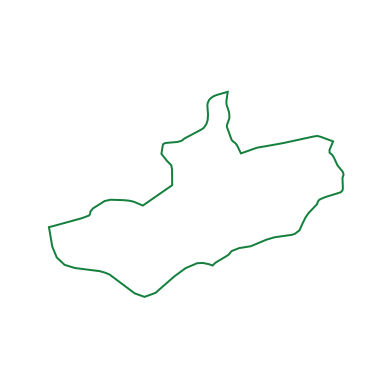 SVG path tracing the border of Takêv, rotated 71°
{"feature_id": "KHM-1802", "entity_name": "Takêv", "entity_type": "Province", "adm_level": 1, "iso_a3": "KHM", "parent_name": "Cambodia", "parent_adm1": "", "projection": "equal_earth", "projection_center": [104.777, 10.935], "detail": "fine", "context": "isolated", "style": "outline", "palette": "green", "viewbox_px": 384, "rotation_deg": 71, "n_neighbors": 0, "source": "natural_earth", "source_scale": "10m", "svg_char_len": 1562}
<svg xmlns="http://www.w3.org/2000/svg" viewBox="0 0 384 384"><g transform="rotate(71 192 192)"><path d="M268.2,196.5L265.7,199.6L262.7,204.7L261.0,210.3L261.9,222.7L266.0,236.1L275.5,259.4L275.7,271.0L269.2,279.2L243.2,296.8L239.8,300.7L236.7,305.2L225.8,327.4L219.4,336.2L209.9,341.2L198.0,341.9L184.9,339.7L178.6,338.7L178.9,336.2L180.9,304.9L180.7,296.9L180.0,296.0L179.3,295.4L178.4,294.9L177.5,294.5L175.3,291.1L172.1,277.5L172.8,271.5L177.7,258.7L179.8,254.2L182.1,250.4L188.8,242.9L179.1,208.5L164.1,203.5L159.9,202.9L154.5,205.5L146.0,208.5L137.9,204.2L137.3,203.5L137.0,201.2L139.9,189.7L140.2,185.3L139.5,183.0L139.0,182.0L135.9,162.4L135.1,159.8L132.1,156.0L129.1,153.8L124.0,151.6L115.4,149.4L113.2,148.3L110.6,146.0L109.3,143.4L108.5,140.6L108.3,137.2L108.9,125.6L117.7,130.1L120.9,130.9L128.6,131.0L131.5,131.7L134.2,132.5L140.2,137.2L141.6,137.8L155.3,137.6L156.3,137.3L158.0,136.5L159.5,135.3L162.5,134.2L171.4,133.2L171.3,116.0L173.9,99.9L175.5,89.3L179.1,59.0L179.8,55.2L182.0,52.0L190.1,42.1L197.0,48.3L199.6,49.1L200.1,48.9L202.3,47.4L205.8,46.6L214.0,45.8L222.0,42.9L223.7,42.9L225.0,43.1L225.9,43.8L226.7,44.5L228.2,45.3L237.5,48.1L239.2,49.0L239.7,49.6L240.7,51.6L240.2,67.8L240.6,73.2L240.9,74.3L241.4,75.2L242.7,76.6L244.3,77.8L249.8,88.6L252.8,92.7L258.0,98.0L263.2,102.8L265.0,108.2L265.0,111.5L261.7,128.6L261.3,137.1L262.4,154.2L260.4,165.5L260.7,172.9L261.1,174.5L261.7,175.4L262.3,176.2L263.1,177.7L263.8,180.1L266.2,191.7L266.6,192.9L267.0,194.0L268.2,196.5L268.2,196.5Z" fill="none" stroke="#15803d" stroke-width="2"/></g></svg>